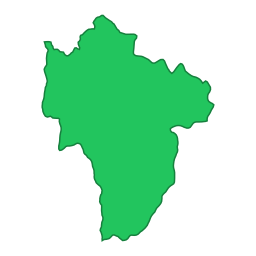 Montezuma, Minas Gerais, Brazil
{"feature_id": "56859067B99977110122365", "entity_name": "Montezuma", "entity_type": "district", "adm_level": 2, "iso_a3": "BRA", "parent_name": "Brazil", "parent_adm1": "Minas Gerais", "projection": "natural_earth1", "projection_center": [-42.478, -15.207], "detail": "fine", "context": "isolated", "style": "filled", "palette": "green", "viewbox_px": 256, "rotation_deg": 0, "n_neighbors": 0, "source": "geoboundaries", "source_scale": "gbopen_adm2", "svg_char_len": 4399}
<svg xmlns="http://www.w3.org/2000/svg" viewBox="0 0 256 256"><path d="M205.6,81.0L202.7,83.2L201.3,81.1L199.9,79.5L198.7,78.6L197.4,77.9L195.9,77.2L193.1,76.5L191.2,75.6L188.7,73.9L185.3,71.0L183.6,66.4L182.9,65.1L182.1,64.1L180.7,63.6L179.3,64.5L176.8,67.5L173.7,71.9L171.8,73.4L169.4,71.2L168.7,69.7L167.8,68.7L165.4,63.3L164.5,61.0L163.0,59.5L160.6,59.6L155.3,62.8L154.0,63.2L152.0,62.8L148.5,59.6L143.1,56.9L141.7,56.4L136.2,55.8L134.5,55.0L133.5,53.8L133.4,51.9L133.8,48.3L134.3,41.7L134.8,40.2L136.5,38.1L136.8,35.9L135.0,34.5L133.7,34.2L125.8,34.3L119.8,32.4L118.8,30.5L117.0,29.1L114.0,24.0L112.7,23.2L111.6,21.8L109.6,20.6L105.3,17.7L104.3,16.6L103.0,15.4L101.5,15.5L99.7,16.8L97.4,17.3L96.0,18.3L95.0,19.8L94.0,21.1L93.2,22.8L94.3,24.6L94.9,26.6L94.4,28.9L91.9,28.9L90.2,29.2L88.7,29.3L87.3,30.1L85.9,31.2L84.2,32.8L82.5,34.7L80.6,35.4L80.1,36.9L80.4,39.2L79.6,40.9L78.2,42.2L78.4,44.5L79.1,46.2L79.7,47.8L79.4,49.4L77.8,48.9L76.2,47.8L74.7,48.1L73.7,50.1L72.7,52.1L71.3,52.9L70.3,54.1L69.1,55.0L68.0,55.8L66.6,55.8L65.0,54.8L64.1,53.5L63.5,52.2L62.1,52.0L60.1,51.8L58.7,50.3L57.6,49.4L56.0,49.3L54.1,49.6L53.1,48.1L52.8,46.4L51.6,44.9L50.9,42.1L49.0,41.7L46.8,41.7L44.4,41.9L45.0,43.7L45.4,45.2L45.6,46.7L46.7,48.0L47.8,49.2L48.2,50.9L47.2,52.9L46.9,54.8L46.7,56.4L46.5,58.3L46.6,60.2L46.7,62.0L46.8,64.5L46.1,65.8L45.2,67.0L44.2,69.2L44.6,71.5L45.3,73.7L46.0,75.8L46.7,78.3L47.2,80.4L47.2,82.1L46.5,83.7L46.4,85.6L45.4,87.3L45.2,88.8L45.0,90.3L44.7,91.7L44.4,93.7L44.2,96.4L43.9,98.4L43.3,100.2L42.5,102.4L42.4,104.2L42.2,105.9L42.2,107.4L42.7,109.2L43.0,111.6L44.0,114.0L45.4,116.2L47.3,117.0L48.8,116.7L50.3,116.2L51.6,116.9L52.6,117.9L54.0,118.1L55.6,118.2L57.0,118.3L58.4,118.3L59.5,119.0L59.3,121.5L59.9,123.9L60.6,125.6L61.1,127.4L61.2,129.2L61.0,131.0L60.5,133.0L60.1,135.2L59.9,137.4L59.8,139.4L59.6,141.8L59.3,143.7L58.8,146.0L58.8,149.0L59.7,150.4L61.1,150.2L62.3,149.7L64.2,148.2L65.9,146.5L67.4,146.0L69.1,146.0L70.6,145.8L72.1,145.5L74.1,144.9L75.5,144.0L77.2,143.2L79.1,143.5L80.5,144.2L81.5,145.8L82.4,147.9L83.2,149.5L83.6,151.3L84.0,153.0L84.8,154.1L85.9,154.9L86.8,155.9L87.6,157.3L89.0,158.3L90.4,159.5L91.3,160.8L91.9,162.2L92.3,164.1L92.6,166.4L93.5,168.7L94.0,170.4L94.1,171.8L94.1,173.4L94.4,174.9L94.2,176.4L94.3,178.0L94.7,179.4L95.5,180.9L96.2,182.7L97.2,183.7L98.5,184.9L100.0,186.0L101.0,187.5L101.6,188.9L102.1,190.5L101.8,192.1L101.7,193.6L100.7,195.0L100.2,196.9L99.9,198.4L99.9,200.1L99.7,201.7L100.5,203.7L101.6,205.1L101.7,207.0L101.6,209.0L101.6,210.9L101.9,213.2L102.0,215.1L102.6,216.4L103.0,217.8L102.8,220.0L101.9,222.2L101.6,224.4L101.4,227.0L100.5,228.8L100.2,230.5L100.9,231.8L101.5,233.5L102.0,235.3L102.3,237.3L102.1,238.8L102.2,240.6L103.3,239.9L104.5,239.4L106.1,239.3L107.4,239.0L108.9,238.6L110.2,237.7L111.3,236.5L112.5,235.2L114.1,234.9L115.4,235.5L116.8,236.1L118.1,236.5L119.0,237.5L120.1,238.5L121.4,239.5L122.6,240.5L124.4,240.3L126.2,239.8L127.7,238.7L129.0,236.8L130.1,235.5L131.4,235.1L132.7,235.2L134.2,235.3L136.1,235.1L137.9,234.3L139.1,233.2L140.4,231.8L142.0,230.8L143.7,229.3L145.0,228.1L146.0,226.9L147.3,225.2L148.0,223.5L148.9,221.8L149.6,220.2L150.2,218.5L150.9,216.9L151.6,215.7L152.5,214.5L153.5,213.3L154.7,212.1L155.5,210.4L156.5,208.3L157.7,207.0L158.7,206.0L159.8,204.7L160.8,203.3L161.6,201.4L161.9,198.5L161.9,196.3L162.8,194.7L164.0,193.4L165.7,191.9L167.2,189.6L168.4,187.8L169.5,186.7L170.7,185.7L172.3,184.7L173.7,183.7L174.4,182.1L174.5,180.3L174.6,178.1L174.6,176.2L174.6,174.4L174.6,172.6L174.3,170.6L173.8,168.8L173.5,167.3L173.4,165.4L173.6,163.3L173.9,161.2L174.5,158.8L175.2,157.1L175.8,155.8L176.4,153.9L177.4,151.8L177.7,149.9L177.4,148.4L177.2,146.6L177.6,145.3L177.9,143.8L177.9,142.0L177.6,140.1L177.5,138.6L177.2,137.1L176.2,134.9L174.9,133.6L173.5,132.6L171.6,132.2L170.5,130.6L170.3,128.8L171.4,127.8L172.9,127.0L174.8,126.2L176.3,125.7L178.0,125.5L180.2,125.6L181.5,126.0L182.8,126.5L184.1,127.2L185.7,127.7L186.9,128.1L188.7,128.0L190.2,127.3L191.4,125.7L192.6,124.0L193.5,122.9L195.2,122.1L196.7,121.9L199.3,121.9L201.9,121.8L203.4,121.6L205.4,121.4L207.1,120.9L207.1,119.1L207.3,117.7L207.8,116.3L209.1,114.4L209.9,113.1L210.6,111.7L211.3,110.1L212.1,108.8L213.2,107.0L213.8,104.8L212.3,103.5L210.8,102.8L209.1,101.7L208.1,100.4L207.6,98.6L207.6,96.6L207.8,94.9L208.5,93.4L209.6,91.9L210.5,89.6L210.4,87.2L207.3,82.0L205.6,81.0Z" fill="#22c55e" stroke="#15803d" stroke-width="1.5"/></svg>